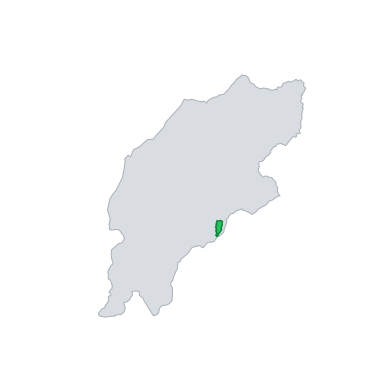 Cagaannuur, Selenge, Mongolia shown in context, rotated 125°
{"feature_id": "93677404B10404624632937", "entity_name": "Cagaannuur", "entity_type": "district", "adm_level": 2, "iso_a3": "MNG", "parent_name": "Mongolia", "parent_adm1": "Selenge", "projection": "mercator", "projection_center": [105.5, 49.984], "detail": "fine", "context": "in_parent", "style": "filled", "palette": "green", "viewbox_px": 384, "rotation_deg": 125, "n_neighbors": 0, "source": "geoboundaries", "source_scale": "gbopen_adm2", "svg_char_len": 5186}
<svg xmlns="http://www.w3.org/2000/svg" viewBox="0 0 384 384"><g transform="rotate(125 192 192)"><path d="M38.4,162.6L39.5,162.5L41.3,161.2L41.4,159.3L42.0,158.3L46.2,157.8L48.1,158.3L48.4,157.2L48.8,157.0L49.8,158.0L50.8,157.6L51.5,157.1L52.1,155.7L53.5,155.9L56.0,154.4L55.9,151.6L56.9,150.9L59.1,150.4L59.4,149.1L59.9,148.8L61.5,148.4L64.3,147.0L65.6,146.8L66.6,145.6L69.2,143.9L72.9,143.1L73.2,142.3L76.7,139.7L80.4,139.6L81.4,137.4L81.9,137.1L84.6,139.8L85.6,139.5L86.0,138.4L87.6,138.4L88.2,140.3L89.1,141.1L100.1,141.8L100.5,142.5L101.1,146.8L103.2,148.8L103.6,149.8L106.7,149.5L108.4,151.1L111.0,151.0L112.4,151.5L114.9,150.0L115.5,150.0L116.3,150.8L117.6,150.2L120.0,151.6L121.8,151.4L122.7,152.0L123.8,151.5L126.4,151.9L128.5,154.2L130.0,154.0L131.7,152.5L132.2,151.5L134.7,150.9L136.2,149.9L137.1,149.0L138.5,145.6L138.8,142.1L137.5,141.6L136.4,140.5L135.8,138.6L135.7,137.3L134.5,135.3L134.6,134.3L135.3,132.5L135.6,129.7L136.5,128.2L138.2,127.3L138.4,126.2L139.5,124.0L142.3,122.7L143.8,120.3L144.7,117.8L146.1,119.1L149.6,120.8L152.6,121.6L154.6,123.4L159.8,123.9L168.6,128.1L170.4,127.9L175.6,129.7L176.0,130.3L176.0,133.4L176.4,134.3L176.6,137.7L177.6,139.3L177.3,141.4L177.8,142.0L179.0,142.3L181.1,144.4L185.7,145.8L187.0,147.2L190.2,148.1L191.8,147.5L194.5,147.8L195.4,147.6L197.1,146.0L198.2,145.6L204.2,144.3L205.9,143.2L207.0,143.0L211.7,144.1L215.0,145.6L219.7,145.5L222.0,147.2L222.9,148.9L224.8,150.3L231.3,150.9L231.6,151.3L231.5,154.8L231.8,155.3L236.0,159.1L238.0,160.2L244.0,160.0L253.2,162.4L255.4,161.7L257.4,162.9L258.1,162.8L264.1,159.7L265.0,159.9L271.3,158.7L275.3,157.1L278.3,157.2L280.6,155.9L281.7,153.2L285.6,150.1L292.6,146.0L296.8,146.7L299.3,148.1L301.9,150.9L303.4,151.7L306.2,151.9L310.2,150.0L312.3,150.5L314.2,151.3L315.5,152.8L309.2,167.3L309.1,168.1L307.2,171.1L306.8,175.9L304.3,177.5L304.7,180.2L305.2,181.2L307.9,183.9L308.8,183.6L309.6,182.4L311.1,181.5L313.8,181.7L316.2,181.3L319.2,182.2L321.9,184.4L325.9,179.6L329.5,179.0L332.9,179.7L335.4,182.9L338.5,184.4L339.3,186.2L340.5,186.9L340.8,187.8L344.5,191.5L345.3,193.9L346.3,195.6L346.3,197.4L346.0,198.2L344.5,199.2L339.3,198.7L336.2,197.0L335.0,198.0L331.1,197.6L328.8,198.3L327.2,199.0L326.3,200.1L325.6,200.4L324.9,200.3L323.8,199.4L322.7,199.4L322.4,199.6L321.7,202.6L318.3,202.6L317.1,202.2L314.3,203.6L313.9,204.7L312.3,206.2L310.9,209.1L311.2,210.4L310.8,211.2L308.3,212.7L305.8,215.0L300.9,216.0L298.5,216.1L296.8,215.6L295.1,216.0L293.7,218.5L290.5,221.7L285.7,224.7L277.3,222.8L276.2,222.4L274.5,220.5L269.5,220.4L268.1,221.7L266.9,223.6L264.8,229.8L266.7,233.3L268.9,235.6L269.9,237.2L269.9,238.6L268.3,239.2L266.2,241.4L261.0,243.5L255.2,250.9L245.0,255.3L238.7,255.6L233.8,255.2L220.3,257.2L211.6,261.1L205.2,264.4L203.8,265.9L203.1,266.2L202.0,265.6L198.5,265.4L198.5,262.6L191.0,264.2L184.8,260.9L176.0,258.9L174.3,258.2L171.3,254.5L169.7,254.0L165.8,253.8L155.2,252.2L150.2,253.6L128.5,250.7L120.6,251.6L120.3,251.3L119.8,248.9L116.1,245.2L115.6,244.3L115.4,242.9L112.4,235.3L110.5,234.2L110.7,231.0L107.8,231.3L104.6,230.0L101.2,227.8L99.7,226.1L97.3,225.7L94.4,222.6L93.1,222.0L86.1,220.8L82.6,221.1L78.8,220.3L74.6,220.2L73.2,219.6L71.9,219.7L69.4,218.3L67.8,218.6L65.7,214.1L66.2,211.3L67.0,209.6L69.0,207.1L68.9,206.1L68.1,203.8L69.2,199.7L68.8,197.2L67.7,194.3L66.2,193.6L64.1,189.6L63.4,186.5L62.5,184.4L60.3,183.1L59.6,181.2L58.9,181.1L58.5,181.7L57.2,181.9L55.9,180.7L55.1,179.4L54.3,179.0L52.9,179.1L51.6,179.7L50.2,179.4L49.0,178.1L45.7,176.3L45.6,174.9L45.1,173.9L44.1,173.6L43.1,172.6L40.0,171.4L39.9,170.7L40.7,169.2L38.5,168.0L37.7,166.7L38.9,164.9L38.4,163.8L38.4,162.6Z" fill="#d9dde1" stroke="#a8b0b8" stroke-width="1"/><path d="M202.3,154.6L202.5,154.5L202.8,154.5L202.9,154.4L202.9,154.2L203.0,154.1L203.3,153.9L203.6,153.9L203.8,153.9L203.9,154.0L204.0,154.0L204.1,153.9L204.3,153.8L204.5,153.8L204.7,153.7L204.8,153.6L204.9,153.4L205.0,153.4L205.0,153.2L205.1,152.9L205.2,152.7L205.3,152.8L205.5,152.8L205.5,152.7L205.5,152.8L205.7,152.7L205.8,152.7L206.0,152.6L206.3,152.5L206.3,152.4L206.3,152.5L206.5,152.7L206.8,152.6L207.0,152.6L207.2,152.4L207.3,152.4L207.3,152.2L207.4,151.9L207.4,151.7L207.5,151.4L207.8,151.4L208.0,151.2L208.3,151.0L208.3,150.9L208.4,150.7L208.5,150.7L208.8,150.6L208.7,150.7L208.8,150.7L209.0,150.5L209.3,150.5L209.5,150.4L209.6,150.2L209.7,150.3L209.8,150.2L210.0,150.0L210.2,149.9L210.3,149.9L210.5,149.8L210.6,149.7L210.8,149.5L210.8,149.4L210.8,149.2L210.7,149.2L210.8,149.1L210.8,148.9L210.8,148.7L211.0,148.6L211.1,148.4L211.3,148.3L211.4,148.2L211.5,148.1L211.7,147.9L211.9,147.9L212.0,147.9L212.2,148.0L212.3,148.0L212.5,148.0L212.5,147.9L212.8,147.8L212.9,147.7L213.0,147.7L213.2,147.4L213.3,147.4L213.2,147.3L213.3,147.2L213.5,147.0L213.6,146.9L213.8,146.8L213.9,146.7L214.0,146.5L214.1,146.4L213.3,145.8L211.9,145.9L211.6,146.3L210.8,146.2L209.7,146.0L208.9,146.1L207.3,146.0L206.8,146.0L205.4,146.5L204.8,147.6L203.9,147.7L202.1,148.2L201.5,148.5L201.1,148.8L200.6,149.4L200.1,149.6L198.8,150.0L198.8,150.8L198.8,152.0L200.3,153.5L201.0,154.1L201.2,154.7L201.2,154.9L201.4,154.9L201.5,154.8L201.6,154.7L201.8,154.6L202.0,154.6L202.3,154.6Z" fill="#22c55e" stroke="#15803d" stroke-width="1.5"/></g></svg>